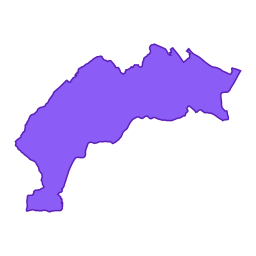 Buchin, Caras-Severin, Romania
{"feature_id": "2599482B78488778616963", "entity_name": "Buchin", "entity_type": "district", "adm_level": 2, "iso_a3": "ROU", "parent_name": "Romania", "parent_adm1": "Caras-Severin", "projection": "orthographic", "projection_center": [22.172, 45.329], "detail": "fine", "context": "isolated", "style": "filled", "palette": "violet", "viewbox_px": 256, "rotation_deg": 0, "n_neighbors": 0, "source": "geoboundaries", "source_scale": "gbopen_adm2", "svg_char_len": 5606}
<svg xmlns="http://www.w3.org/2000/svg" viewBox="0 0 256 256"><path d="M240.6,70.8L236.5,69.2L234.3,68.7L232.2,68.0L231.7,68.6L232.1,71.7L231.3,73.4L230.3,74.3L229.5,74.3L226.5,72.7L223.4,71.4L222.5,71.0L220.7,69.5L217.6,68.0L215.1,67.3L212.5,67.0L209.7,65.4L205.0,62.0L201.8,59.2L198.4,56.6L193.4,53.9L190.9,51.4L188.8,48.7L187.8,49.5L188.0,49.8L186.6,51.0L190.2,53.7L189.3,54.5L189.5,54.8L189.8,54.7L189.6,57.4L189.7,57.8L189.2,58.1L188.7,58.0L188.3,58.2L185.4,60.9L183.5,62.2L179.1,55.8L178.1,54.7L177.6,53.9L173.2,48.6L173.2,48.3L172.5,47.9L171.9,48.3L171.6,48.8L170.5,49.3L171.4,51.9L171.4,52.5L170.3,52.4L169.6,52.8L170.0,53.2L170.4,54.9L170.7,55.2L170.1,55.2L169.2,54.9L168.3,54.0L168.2,54.0L166.4,50.3L165.8,49.5L164.9,48.7L154.5,44.2L154.0,44.6L153.4,44.4L152.5,44.8L151.7,44.8L150.3,46.0L149.6,47.6L149.6,48.2L149.7,49.0L150.2,49.6L150.5,51.4L150.5,51.9L149.9,53.0L149.6,54.0L148.8,54.2L147.8,54.8L147.5,55.0L147.1,55.9L145.1,57.2L144.7,57.7L144.2,58.0L143.9,58.3L143.7,58.8L143.7,59.7L143.5,60.7L142.8,61.8L142.6,62.4L142.5,62.8L142.5,64.5L142.2,65.4L142.2,65.9L141.9,66.6L140.2,67.1L139.8,67.1L138.4,65.7L138.2,64.9L135.6,65.0L134.6,64.8L134.1,65.6L133.2,66.4L133.2,67.1L133.1,67.3L132.5,67.6L132.2,67.6L131.5,66.9L131.3,66.8L130.5,67.9L128.6,69.2L127.7,69.7L126.0,69.8L125.9,70.5L125.1,72.0L125.2,72.9L124.3,73.3L123.2,74.2L121.8,73.0L121.1,72.8L120.7,72.5L119.7,69.8L118.4,67.6L117.9,67.5L116.6,67.7L115.6,67.5L115.4,67.1L115.3,66.3L114.9,65.6L114.3,65.0L113.7,64.0L110.9,60.9L109.4,60.6L108.8,60.7L107.9,61.5L107.5,61.5L106.3,60.4L105.5,60.4L104.4,60.1L103.9,59.7L102.7,58.3L102.0,56.8L100.9,56.1L100.0,56.4L96.8,56.9L93.1,59.1L92.2,60.2L91.1,61.0L90.5,61.1L90.3,61.5L90.0,61.8L89.2,62.2L88.5,63.1L88.4,63.4L87.8,63.7L87.4,63.6L86.3,64.1L85.4,64.7L84.2,65.9L81.1,67.6L81.1,67.4L80.4,68.0L79.1,68.5L78.9,68.7L78.3,69.8L78.1,70.5L78.3,71.8L78.0,72.8L77.3,72.5L77.3,72.8L77.0,73.0L77.0,73.3L76.8,73.4L76.6,73.2L76.4,73.3L75.1,75.2L75.5,75.7L76.1,75.0L76.6,75.6L75.9,76.3L75.4,76.6L74.5,77.4L73.9,77.6L73.5,77.5L72.9,78.1L72.3,79.1L71.6,79.8L71.6,80.1L71.3,80.2L70.9,80.5L71.4,80.3L70.8,81.1L70.6,81.7L70.2,82.4L69.9,82.3L69.8,82.2L69.3,82.2L69.1,82.0L68.4,81.9L68.5,81.6L68.4,81.4L67.9,81.4L67.7,81.1L66.9,80.7L66.9,80.4L66.4,80.4L66.2,80.6L64.9,82.0L60.8,86.1L59.4,87.4L54.9,91.2L53.5,92.7L53.5,93.5L52.5,95.1L52.1,95.4L52.0,96.2L51.3,96.9L51.3,97.1L50.7,97.4L50.5,97.6L50.5,98.2L50.3,98.5L49.1,99.7L48.7,100.9L48.4,101.2L48.4,101.5L47.9,102.5L47.6,102.7L47.3,103.2L46.9,103.3L45.9,104.1L45.0,106.0L42.9,107.0L40.7,107.4L39.9,107.7L39.0,108.3L37.9,109.1L37.6,109.7L37.3,110.7L36.8,111.6L35.6,112.5L34.6,113.5L34.5,113.8L31.4,114.9L30.1,116.2L28.8,119.1L28.4,120.3L27.4,121.7L26.7,123.0L26.7,124.0L26.1,124.4L25.6,124.5L25.4,124.8L25.2,126.3L25.3,127.7L25.0,128.6L24.7,131.1L24.5,131.3L23.2,132.1L22.3,133.7L21.1,135.3L21.0,135.7L21.0,136.9L20.7,137.3L16.8,140.1L15.4,141.7L15.6,141.9L16.0,143.0L15.5,145.5L17.3,147.1L18.4,149.3L20.4,150.6L21.2,151.9L23.7,153.6L24.2,154.5L25.5,155.3L28.3,157.5L29.9,159.3L34.4,161.3L35.6,162.4L37.0,165.0L38.5,167.2L39.1,170.4L41.9,174.2L42.3,176.5L41.2,180.3L42.1,181.6L42.4,182.7L42.4,183.6L42.5,184.3L44.0,186.9L43.0,187.9L40.7,189.0L39.8,189.7L34.8,190.4L33.6,192.0L33.8,192.9L33.6,193.6L32.2,195.2L28.1,195.4L27.5,196.1L27.3,198.1L26.9,201.0L27.3,206.4L26.4,209.8L26.7,211.0L26.9,211.1L28.5,210.7L31.1,210.0L32.4,209.7L33.2,209.8L36.3,210.7L37.1,210.3L38.4,210.7L39.7,210.7L40.0,210.9L40.5,210.7L41.9,210.8L43.0,210.2L43.6,210.1L44.5,210.4L46.1,210.4L47.1,210.8L48.3,211.5L49.9,211.8L51.2,211.2L54.0,210.8L54.9,210.6L59.9,210.6L60.9,210.4L61.2,210.2L61.7,209.2L62.3,208.8L62.1,208.1L62.5,206.3L62.3,205.1L61.5,202.8L61.9,202.8L62.5,203.6L62.5,203.1L62.6,202.6L62.0,201.8L62.0,201.1L61.9,200.6L61.9,199.2L61.5,199.0L61.4,198.7L61.0,198.7L60.8,198.5L60.7,197.0L59.9,196.2L59.1,195.7L58.9,195.2L57.8,194.4L58.5,194.0L58.6,193.4L59.2,192.6L59.7,192.7L60.3,192.3L61.1,192.2L62.0,191.4L61.9,190.7L62.3,190.0L61.8,189.2L62.2,189.1L62.3,188.7L63.2,187.7L64.0,186.1L64.5,184.0L65.4,181.6L68.7,171.1L70.7,166.4L72.9,161.9L75.0,158.6L76.3,157.4L77.6,157.3L80.3,157.6L82.9,157.7L83.8,157.4L85.0,156.3L85.6,154.1L85.4,152.3L85.6,150.5L87.9,143.8L88.7,142.9L90.0,142.2L92.0,142.4L94.2,143.3L96.7,142.9L98.3,142.3L99.7,141.6L102.4,141.8L103.7,141.7L104.6,141.5L105.8,141.4L108.0,141.8L109.6,141.6L110.8,142.0L112.7,143.5L115.1,142.4L118.7,139.6L119.9,138.1L121.2,136.7L122.8,132.8L123.4,131.7L127.1,128.6L127.7,127.5L128.1,126.3L129.9,123.0L132.0,120.2L133.8,118.7L135.7,117.7L137.6,116.9L138.8,117.0L140.4,118.0L142.2,118.5L143.6,117.8L145.2,116.4L147.4,116.1L149.6,118.3L150.6,118.7L151.5,118.6L153.5,117.5L154.6,117.4L158.1,119.0L162.4,120.1L163.7,120.2L165.0,120.0L166.3,120.5L171.7,120.6L177.7,118.2L179.6,118.0L181.4,117.2L183.3,115.8L184.3,116.0L185.1,115.7L185.5,114.6L185.6,113.4L187.3,112.0L187.6,111.2L188.0,110.9L187.9,110.4L186.9,109.1L186.8,108.3L187.6,107.5L187.9,106.5L188.4,106.2L189.2,105.9L194.0,109.9L194.7,110.6L195.8,112.4L196.8,111.8L197.1,112.0L199.1,110.1L201.1,109.8L202.4,111.2L203.2,111.3L203.6,111.8L203.6,112.1L204.2,112.4L204.5,112.4L205.0,112.8L206.1,112.7L206.9,112.4L208.4,113.0L211.3,113.2L212.2,113.9L213.3,114.1L215.5,115.7L216.1,115.9L217.5,117.1L220.5,119.1L221.7,119.6L222.6,120.6L224.7,119.8L227.7,119.6L228.3,119.1L228.4,118.2L228.3,117.0L227.5,114.5L226.9,111.0L226.4,110.9L225.7,111.0L225.0,110.9L222.7,108.5L221.7,106.6L221.5,104.2L221.5,101.8L221.0,98.3L220.7,94.7L221.5,93.1L223.6,92.2L226.1,92.3L228.0,91.9L229.8,90.0L230.9,87.7L234.0,82.9L238.5,74.5L240.6,70.8Z" fill="#8b5cf6" stroke="#5b21b6" stroke-width="1.5"/></svg>